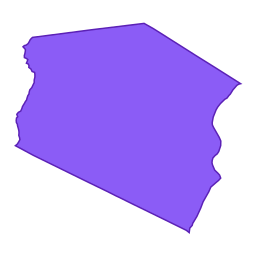 the district of Brejo, Maranhão, Brazil
{"feature_id": "56859067B28749086860220", "entity_name": "Brejo", "entity_type": "district", "adm_level": 2, "iso_a3": "BRA", "parent_name": "Brazil", "parent_adm1": "Maranhão", "projection": "mercator", "projection_center": [-42.859, -3.707], "detail": "fine", "context": "isolated", "style": "filled", "palette": "violet", "viewbox_px": 256, "rotation_deg": 0, "n_neighbors": 0, "source": "geoboundaries", "source_scale": "gbopen_adm2", "svg_char_len": 1447}
<svg xmlns="http://www.w3.org/2000/svg" viewBox="0 0 256 256"><path d="M15.4,145.7L33.3,155.3L90.4,183.3L106.7,191.2L113.3,194.5L116.0,195.9L118.2,196.9L134.4,204.9L141.0,208.1L150.4,212.7L180.0,227.2L186.3,230.3L189.2,232.6L189.8,228.1L192.2,225.4L192.7,223.4L196.9,216.4L200.7,208.1L203.1,201.8L208.8,191.7L210.8,187.1L216.2,182.4L218.5,180.5L220.7,178.1L219.6,175.1L218.1,173.4L214.7,170.1L212.5,164.9L212.0,162.8L212.2,160.5L212.9,158.0L215.0,155.6L217.2,153.9L218.8,151.4L220.7,145.6L220.8,141.0L219.2,137.3L213.7,127.7L212.4,125.0L212.2,122.8L212.6,120.4L213.2,117.1L216.1,109.8L217.8,106.9L220.4,103.6L224.9,99.2L227.0,98.1L228.9,95.5L230.3,94.1L232.9,89.9L236.9,85.3L238.7,84.2L240.6,83.7L226.9,75.0L215.2,67.6L195.8,55.5L187.0,49.9L153.8,28.9L144.1,23.4L92.1,29.7L32.5,37.4L31.2,38.6L30.1,39.9L29.4,41.4L28.1,43.6L26.2,45.1L24.3,45.6L23.0,46.8L24.3,48.2L25.4,49.5L25.3,51.2L24.9,53.5L24.3,55.6L24.4,57.6L26.1,58.3L27.8,59.5L27.2,61.4L26.4,63.2L28.2,64.0L29.0,65.6L28.8,67.4L30.9,69.0L32.1,71.5L34.6,72.4L34.9,74.4L34.9,77.0L34.2,80.1L34.2,82.6L33.2,84.6L31.8,87.6L29.9,89.7L29.3,91.6L28.9,94.1L27.9,95.5L27.2,97.5L26.5,100.1L25.4,101.5L24.6,103.1L23.7,104.5L22.5,106.5L21.9,108.5L20.7,111.1L18.4,112.3L16.8,114.3L17.7,116.8L16.5,118.0L16.2,120.5L16.4,122.6L17.3,124.1L17.6,126.0L18.3,128.4L18.9,131.0L19.0,133.0L18.8,135.4L19.5,137.4L19.9,139.6L18.8,141.7L17.3,144.1L15.4,145.7Z" fill="#8b5cf6" stroke="#5b21b6" stroke-width="1.5"/></svg>